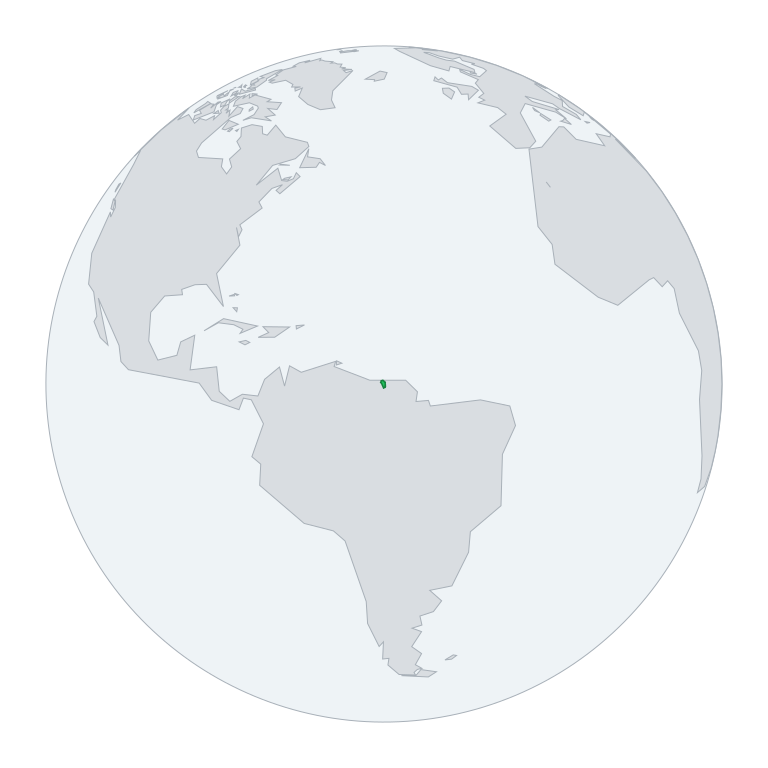 the Earth from above Brokopondo, rotated 343°
{"feature_id": "SUR-66", "entity_name": "Brokopondo", "entity_type": "District", "adm_level": 1, "iso_a3": "SUR", "parent_name": "Suriname", "parent_adm1": "", "projection": "orthographic", "projection_center": [-55.026, 4.667], "detail": "fine", "context": "on_globe", "style": "filled", "palette": "green", "viewbox_px": 768, "rotation_deg": 343, "n_neighbors": 0, "source": "natural_earth", "source_scale": "10m", "svg_char_len": 8492}
<svg xmlns="http://www.w3.org/2000/svg" viewBox="0 0 768 768"><g transform="rotate(343 384 384)"><circle cx="384" cy="384" r="338" fill="#eef3f6" stroke="#a8b0b8"/><path d="M276.3,63.7L278.2,63.1L263.7,71.3L276.0,69.2L279.1,79.3L285.6,76.3L290.9,79.7L300.4,77.9L298.3,81.3L307.7,77.0L307.8,74.4L312.0,71.8L317.6,70.8L315.9,74.6L312.8,75.7L315.2,76.4L312.0,78.9L316.8,77.1L314.0,82.5L325.0,75.9L329.7,79.3L325.6,83.3L315.3,84.4L280.1,100.1L272.8,106.4L272.8,113.1L295.6,121.6L292.0,128.7L294.9,137.1L301.8,131.9L302.0,123.7L315.7,117.1L314.2,109.0L319.6,105.5L322.5,97.5L333.6,97.4L342.9,102.1L341.1,109.2L345.1,111.9L356.2,104.8L361.9,118.8L381.4,130.5L381.6,134.9L365.1,142.6L341.4,142.4L320.0,156.5L345.6,146.6L345.6,159.5L350.6,161.8L357.4,161.2L361.9,156.3L364.4,161.1L340.0,171.6L337.4,167.3L345.2,163.7L334.0,164.2L317.6,173.3L318.9,180.1L292.7,189.6L293.3,195.0L287.9,200.7L288.7,191.2L286.8,209.1L256.2,229.4L253.1,263.0L243.4,236.8L232.3,233.8L218.2,234.4L217.4,239.7L200.0,235.7L181.9,247.2L171.6,274.0L174.7,295.0L194.3,296.0L201.9,284.3L217.3,282.0L202.7,313.8L229.0,318.6L224.3,342.8L231.5,355.5L245.6,352.4L259.9,358.6L271.2,344.6L289.0,337.2L288.3,356.9L299.0,339.0L308.3,348.6L344.4,348.2L341.4,352.7L371.6,376.3L405.8,386.7L413.7,401.2L409.5,410.1L421.7,412.7L421.9,418.6L471.6,427.4L497.9,441.8L497.6,462.2L476.7,485.8L460.3,534.6L423.4,550.5L415.7,569.6L389.9,596.9L367.4,594.7L375.7,608.2L364.7,616.1L350.5,616.4L349.8,625.6L339.4,625.7L347.5,631.8L333.7,643.3L341.1,652.8L331.9,661.6L337.1,667.0L332.5,666.7L328.4,668.6L329.1,671.5L313.5,666.2L305.6,653.9L308.5,647.8L302.3,646.6L308.1,630.4L302.6,633.6L298.3,608.2L303.4,586.8L300.9,522.8L292.7,509.7L266.9,494.0L235.5,444.5L242.7,424.6L236.4,414.9L257.1,386.8L252.5,360.3L245.4,356.4L237.8,366.2L214.4,349.2L207.5,329.1L143.8,295.6L139.0,285.6L141.9,269.6L135.9,218.3L131.4,266.1L126.2,256.6L124.9,239.5L129.2,235.3L133.3,211.1L130.7,202.1L142.8,173.5L172.7,139.4L171.4,144.4L178.7,136.6L180.9,130.2L180.5,128.1L208.8,100.8L219.7,89.3L211.9,93.2L222.4,87.3L215.8,90.9L245.4,75.8L276.3,63.7ZM249.7,274.6L280.0,291.6L261.2,293.5L265.1,290.4L257.7,283.4L243.5,277.0L227.5,280.5L249.7,274.6ZM266.9,256.0L261.5,254.6L267.0,254.5L266.9,256.0ZM179.3,128.1L180.2,130.7L175.7,138.4L174.1,136.5L179.3,128.1ZM188.9,115.4L191.2,114.8L182.8,122.0L184.1,120.0L188.9,115.4ZM204.3,97.8L204.1,98.0L204.3,97.8ZM316.1,98.2L319.2,97.9L317.1,99.5L316.1,98.2ZM314.5,95.3L309.8,97.5L308.3,96.5L311.2,95.2L314.5,95.3ZM320.6,93.0L306.3,94.5L303.8,92.8L312.8,86.6L320.6,93.0ZM305.4,74.0L305.5,76.8L300.3,75.6L305.4,74.0ZM301.0,74.0L278.8,75.8L281.5,72.0L288.4,71.8L287.6,68.3L299.8,65.3L303.0,66.6L298.9,69.5L306.7,66.3L301.0,74.0ZM313.3,70.8L308.6,71.2L310.5,67.7L320.3,66.3L316.5,67.8L313.3,70.8ZM281.4,69.1L284.6,66.7L295.4,63.6L298.1,62.3L300.4,65.0L281.4,69.1ZM319.0,68.1L325.3,65.8L329.5,66.7L318.0,70.2L319.0,68.1ZM306.9,67.5L308.3,66.0L310.7,66.3L306.9,67.5ZM347.9,69.8L342.2,69.6L342.7,67.7L347.9,69.8ZM327.3,65.0L325.9,64.7L325.4,64.1L330.4,62.9L327.3,65.0ZM307.8,62.9L311.6,62.3L307.4,61.6L315.3,59.7L315.4,62.0L318.7,60.3L321.1,59.7L318.5,62.3L307.8,62.9ZM334.0,60.2L336.8,63.4L347.3,63.7L347.1,65.3L330.3,64.6L334.0,60.2ZM325.1,61.1L330.6,60.8L327.6,62.6L322.0,63.9L325.1,61.1ZM320.7,57.8L308.5,60.0L308.9,59.5L320.7,57.8ZM337.7,59.8L336.9,59.1L338.8,59.6L337.7,59.8ZM326.6,57.9L322.2,58.6L322.8,57.9L326.6,57.9ZM339.0,57.4L339.9,58.3L336.2,59.0L339.0,57.4ZM333.8,57.3L335.6,56.3L334.3,58.8L331.7,57.7L333.8,57.3ZM327.8,57.2L326.7,57.0L329.5,57.0L327.8,57.2ZM352.8,54.4L352.0,57.4L343.7,58.9L345.6,55.7L352.8,54.4ZM340.7,677.1L315.4,668.0L329.1,672.2L335.8,667.9L350.0,674.5L340.7,677.1ZM361.6,665.7L371.0,663.3L374.0,664.8L368.2,666.9L361.6,665.7ZM627.2,149.4L621.8,144.3L612.7,135.3L617.6,140.6L622.4,144.9L625.5,148.9L621.3,145.3L618.3,142.0L615.6,140.8L630.8,158.7L637.3,165.0L635.9,170.8L646.7,182.4L649.5,188.9L632.4,172.0L627.1,165.3L602.9,149.9L608.4,157.2L631.6,172.7L628.4,172.0L636.0,183.7L627.8,174.3L601.0,157.1L593.6,164.6L600.1,196.2L592.5,200.7L578.9,197.2L560.6,168.2L579.7,161.7L573.5,152.9L556.0,142.6L563.3,142.0L558.5,137.5L564.4,135.3L559.3,123.0L563.2,120.5L548.3,107.8L548.3,105.3L557.1,113.2L565.4,118.1L573.6,114.3L571.4,111.2L561.1,103.7L564.6,104.3L553.5,97.6L551.9,93.6L544.6,93.4L532.2,86.3L524.2,80.4L518.9,78.4L531.9,88.3L538.3,92.5L545.9,95.9L562.1,109.5L562.0,112.8L540.1,99.7L537.6,103.6L521.5,93.2L496.2,70.5L492.2,66.2L512.8,71.8L521.2,75.7L518.0,75.2L532.8,81.2L525.9,78.0L528.9,79.0L517.8,73.8L519.4,74.4L506.1,69.0L506.8,69.2L511.2,70.9L536.8,82.6L561.4,96.4L584.8,112.2L606.8,129.9L627.2,149.4ZM690.6,241.9L682.2,225.7L678.5,218.9L678.1,218.2L677.3,216.9L683.3,228.2L676.8,217.4L697.1,257.0L705.9,281.1L712.7,305.8L717.7,330.9L720.8,356.4L721.9,382.0L721.1,407.6L718.3,433.1L713.7,458.3L707.1,483.0L698.6,507.2L688.4,530.7L688.2,531.2L681.6,544.0L681.2,544.8L672.2,560.2L660.7,575.7L652.0,579.5L659.4,567.5L667.1,545.7L681.2,491.1L691.8,464.0L694.4,444.2L687.2,402.7L689.4,377.6L685.4,368.2L678.5,372.3L673.0,361.1L668.0,361.9L630.6,377.1L614.2,363.6L582.5,319.5L585.6,299.7L577.3,278.5L591.3,201.8L604.2,203.6L626.5,189.1L631.1,190.7L639.3,206.2L664.7,220.7L660.1,206.7L672.4,213.7L673.7,211.2L655.1,182.5L652.9,185.7L641.8,173.2L635.0,159.1L635.5,158.3L651.6,177.6L666.1,198.0L679.2,219.5L690.6,241.9ZM598.2,238.2L600.6,244.4L600.6,244.5L598.2,238.2ZM345.5,348.0L349.8,351.8L343.9,351.9L345.5,348.0ZM257.8,301.4L264.6,301.9L267.8,305.0L262.5,305.9L257.8,301.4ZM317.0,302.5L325.2,304.3L316.3,305.8L317.0,302.5ZM285.0,293.8L310.4,301.9L293.2,307.3L277.3,302.6L288.8,301.1L285.0,293.8ZM262.0,266.9L266.1,268.3L264.3,271.8L262.0,266.9ZM270.9,256.0L269.2,256.3L267.5,253.5L270.9,256.0ZM347.1,158.9L349.1,158.2L355.7,158.7L351.9,160.8L347.1,158.9ZM388.8,149.9L391.9,157.9L387.1,153.2L382.5,156.9L366.6,152.5L380.9,137.0L377.3,144.4L388.8,149.9ZM349.4,143.6L357.9,147.3L348.1,144.0L349.4,143.6ZM526.3,118.3L532.7,120.0L536.9,125.3L531.8,131.3L525.7,123.3L526.3,118.3ZM540.7,121.5L520.3,108.5L522.6,105.2L524.8,109.1L528.4,108.2L532.8,114.4L555.0,125.1L560.2,130.7L548.0,136.9L549.2,131.3L542.8,129.6L540.7,121.5ZM464.0,90.2L455.2,87.0L471.7,83.6L478.0,87.1L473.4,92.5L463.2,91.6L464.0,90.2ZM339.3,82.9L334.8,83.7L335.3,82.3L339.5,80.6L339.3,82.9ZM345.2,69.9L359.2,78.7L354.8,79.9L368.2,85.0L361.9,90.2L353.4,86.5L358.6,95.0L348.5,93.8L353.3,99.5L335.0,90.6L326.1,90.6L338.5,88.4L344.5,83.4L344.4,81.3L337.5,75.7L321.2,74.4L324.6,70.1L331.3,67.5L335.7,67.2L332.1,69.8L340.6,67.5L338.8,71.2L345.2,69.9ZM408.0,52.8L402.0,53.7L418.8,54.1L417.1,56.0L419.1,55.9L422.1,58.0L429.3,60.8L427.0,61.6L430.8,62.5L432.9,64.3L437.3,65.8L434.7,68.1L439.9,70.4L435.6,70.3L445.4,73.8L437.0,72.4L438.8,75.2L446.0,75.1L420.8,88.6L416.8,97.1L418.0,105.5L403.4,103.1L392.9,94.4L386.4,84.2L392.4,77.1L384.7,77.9L385.3,74.9L391.1,75.5L382.5,73.0L384.5,70.9L378.8,64.8L365.0,63.6L362.6,61.8L369.0,61.2L362.1,59.9L372.5,57.9L371.0,56.8L379.7,54.2L392.9,54.7L390.2,53.5L396.8,52.1L408.0,52.8ZM355.6,53.7L371.8,52.6L378.8,53.5L360.7,57.8L360.6,59.1L349.2,62.9L339.3,61.8L343.4,60.7L345.2,59.5L347.6,60.3L347.0,58.8L352.7,57.4L353.8,56.0L358.7,55.9L355.6,53.7ZM629.8,184.3L632.1,184.3L634.3,182.8L639.1,190.6L629.8,184.3ZM611.8,172.6L612.9,171.1L620.8,180.3L618.4,180.8L611.8,172.6ZM606.9,162.9L612.4,170.3L608.0,166.6L606.9,162.9ZM557.5,111.8L557.9,110.3L560.6,112.0L563.5,114.9L557.5,111.8ZM457.4,58.0L452.8,57.5L451.3,56.9L439.2,54.7L439.5,53.7L447.0,54.7L457.4,58.0ZM658.5,187.8L662.1,193.7L660.1,191.4L659.3,189.8L658.5,187.8ZM653.1,191.8L657.5,194.2L654.4,193.9L653.1,191.8ZM455.7,56.5L450.7,55.6L454.0,55.8L455.7,56.5ZM439.1,53.0L441.8,52.9L438.2,53.4L439.1,53.0ZM436.3,50.4L441.2,51.3L438.4,51.0L436.3,50.4Z" fill="#d9dde1" stroke="#a8b0b8" stroke-width="1"/><path d="M384.0,380.1L384.2,380.3L384.2,380.6L384.3,380.7L384.3,380.8L384.6,381.0L384.8,381.2L384.8,381.3L384.8,381.5L384.9,382.0L385.0,382.2L385.4,382.3L385.6,382.4L385.7,382.6L385.7,382.8L385.5,383.0L385.5,383.3L385.4,383.5L385.3,383.8L385.2,384.0L385.2,384.6L385.2,384.8L385.0,385.0L384.8,385.2L384.8,385.3L384.7,385.4L384.7,385.5L384.8,385.5L384.9,386.0L384.8,386.6L384.6,386.8L384.5,387.0L384.4,387.2L384.2,386.9L384.0,387.0L383.9,387.1L383.8,387.3L383.6,387.3L383.4,387.3L383.1,387.6L382.7,387.8L382.4,387.8L382.4,387.7L382.2,385.4L382.1,385.1L382.0,383.9L381.9,382.9L381.9,382.7L381.2,381.6L381.4,381.3L381.7,381.1L381.9,380.9L382.1,380.6L382.1,380.4L382.1,380.2L382.3,380.1L384.0,380.1Z" fill="#22c55e" stroke="#15803d" stroke-width="1.5"/></g></svg>